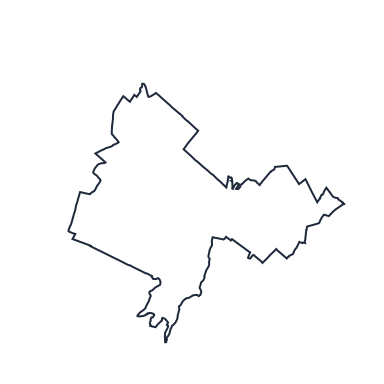 outline of Blandesti, Botosani, Romania, rotated 61°
{"feature_id": "2599482B7385527866395", "entity_name": "Blandesti", "entity_type": "district", "adm_level": 2, "iso_a3": "ROU", "parent_name": "Romania", "parent_adm1": "Botosani", "projection": "albers", "projection_center": [26.9, 47.712], "detail": "fine", "context": "isolated", "style": "outline", "palette": "slate", "viewbox_px": 384, "rotation_deg": 61, "n_neighbors": 0, "source": "geoboundaries", "source_scale": "gbopen_adm2", "svg_char_len": 6059}
<svg xmlns="http://www.w3.org/2000/svg" viewBox="0 0 384 384"><g transform="rotate(61 192 192)"><path d="M175.2,319.3L189.7,306.8L189.9,307.3L220.5,286.1L221.1,285.8L224.8,283.2L226.6,281.4L228.1,280.6L240.8,271.8L241.4,270.9L242.1,270.5L243.3,269.6L244.8,268.8L245.5,268.1L246.2,267.7L246.5,268.2L246.9,268.4L247.9,268.1L248.5,268.2L249.2,268.1L250.4,266.3L250.7,265.4L250.8,263.9L251.0,263.3L253.0,262.8L255.0,263.1L256.0,263.5L257.4,264.5L257.7,265.3L257.7,270.1L257.9,271.2L258.7,274.1L258.7,275.4L258.5,276.6L258.8,277.7L260.0,278.4L260.4,278.5L262.3,278.3L262.9,278.5L265.4,281.6L266.0,282.0L269.9,287.9L270.6,288.5L271.3,289.9L271.8,291.9L272.0,294.9L272.3,296.3L273.4,299.1L273.8,299.7L274.0,299.9L274.7,299.2L275.5,297.9L276.2,296.4L276.6,294.9L276.9,294.7L277.0,294.4L277.1,292.0L277.1,291.7L276.8,291.4L277.0,291.0L276.9,290.7L277.2,290.3L277.1,289.9L276.7,289.6L277.0,289.3L277.2,288.8L277.2,288.4L277.0,288.2L277.1,287.9L278.3,286.2L279.2,285.3L280.1,284.8L280.6,284.5L280.9,284.5L281.6,285.0L281.7,285.5L282.6,286.9L282.6,287.3L282.1,288.0L282.2,288.4L282.6,289.1L283.2,289.8L283.9,290.4L284.6,290.5L285.7,292.0L286.5,292.6L287.0,292.8L287.4,292.6L288.2,292.6L288.9,293.5L292.6,289.4L291.2,286.2L289.9,281.4L290.0,280.9L288.1,279.5L287.8,279.0L288.4,278.3L289.6,277.3L290.2,277.0L291.9,276.6L294.5,276.2L296.1,278.5L297.3,277.7L298.7,278.7L301.8,283.4L302.4,284.0L306.2,286.3L310.4,288.3L310.8,287.5L308.8,285.4L308.5,285.3L307.4,285.3L307.0,284.7L306.6,283.2L305.5,281.2L305.0,280.5L302.1,277.8L299.7,274.6L299.3,274.0L299.2,273.6L299.2,272.7L299.1,272.3L298.6,271.2L298.2,269.8L296.1,266.7L295.5,266.1L293.0,264.3L288.4,259.9L285.8,259.0L285.5,257.8L285.6,257.3L284.5,255.3L283.7,254.1L283.1,252.9L282.8,251.9L282.6,251.4L282.3,250.3L282.5,249.3L282.2,248.7L282.3,248.0L283.1,246.0L283.1,245.5L283.0,244.5L282.9,241.4L283.7,238.8L284.6,237.4L285.2,237.3L286.4,236.5L286.0,235.1L286.1,234.7L284.7,233.1L283.6,232.1L281.6,231.8L279.9,231.9L279.3,231.6L278.6,231.1L278.0,230.2L275.5,227.9L275.2,226.8L275.0,225.6L274.4,224.3L273.3,223.0L272.4,222.1L271.7,222.2L269.3,219.5L267.4,217.5L265.1,213.5L263.7,212.1L261.4,211.0L259.7,209.5L259.1,208.9L257.1,209.1L256.2,208.9L251.0,204.4L249.4,202.3L249.0,201.3L248.0,200.1L245.0,198.7L243.9,198.0L241.6,195.9L248.8,187.4L248.8,186.7L248.5,185.5L247.7,184.0L253.2,181.5L252.7,180.6L252.6,179.9L272.6,170.7L273.0,170.4L275.3,173.3L276.7,174.9L277.9,174.1L278.4,173.4L278.4,173.2L277.2,170.6L276.8,169.6L276.9,168.7L286.7,164.9L288.2,164.7L286.3,158.0L285.1,154.6L283.6,148.9L282.7,146.0L284.5,145.6L296.1,141.3L296.0,140.7L295.6,140.3L295.4,139.7L295.4,138.5L295.0,138.1L294.9,137.8L295.1,137.1L295.0,136.7L295.2,133.9L295.0,133.4L293.1,131.2L291.8,128.8L291.4,127.5L287.7,122.3L290.3,120.2L290.0,119.3L291.4,117.9L290.7,117.8L288.4,115.9L287.5,115.2L286.6,114.8L285.8,114.1L282.9,112.1L281.7,111.1L281.0,110.6L280.8,110.7L280.4,110.5L279.9,109.5L278.1,108.3L278.0,108.1L279.7,101.2L280.7,96.6L280.7,95.7L279.1,93.7L277.5,91.3L275.8,87.6L279.4,84.0L278.0,79.7L276.9,75.2L276.5,70.8L276.4,70.4L276.4,69.3L276.2,68.5L276.1,65.7L276.3,64.7L275.9,64.7L275.2,65.1L274.6,65.0L274.2,65.8L273.1,65.7L269.3,67.7L268.1,67.4L266.9,68.9L266.0,69.9L264.5,70.9L263.0,71.2L262.3,71.2L253.4,72.4L255.3,75.9L257.5,78.6L257.6,79.4L257.3,79.8L257.4,80.4L258.3,81.4L259.2,83.1L259.7,83.0L260.7,85.6L261.7,87.4L251.0,87.2L235.8,86.5L237.0,94.5L215.1,96.1L210.3,107.3L212.2,109.1L212.1,110.4L212.1,111.4L212.6,113.1L212.3,113.4L216.9,125.4L218.7,129.5L214.2,130.9L213.7,130.8L213.2,131.0L212.0,132.2L210.5,134.5L209.9,135.1L207.6,136.2L207.7,138.2L208.0,139.4L208.1,140.7L208.7,142.1L208.9,143.1L209.3,144.2L209.3,144.6L209.1,144.9L209.2,145.4L209.9,146.6L210.9,147.3L211.1,147.9L211.0,148.3L211.7,149.4L211.8,150.2L210.6,151.9L208.2,147.4L207.9,147.2L206.7,148.2L206.3,148.0L206.0,148.2L205.8,148.6L206.3,149.5L206.3,150.3L206.6,151.0L207.6,152.8L208.4,154.0L209.1,154.7L208.7,155.1L208.4,155.2L206.9,153.9L206.0,153.3L205.6,153.4L204.7,152.8L203.9,152.5L203.4,152.2L203.0,152.0L202.5,152.1L202.3,151.8L201.7,151.4L201.4,151.4L201.1,151.8L201.1,151.4L200.8,151.1L199.9,150.6L198.4,150.6L198.2,150.8L198.3,151.2L197.8,151.9L197.1,152.2L196.5,152.2L196.0,152.4L196.0,152.6L196.3,153.0L196.7,153.3L197.8,153.8L198.9,155.0L199.9,155.5L202.6,158.1L204.2,159.3L204.7,159.8L197.6,162.0L195.0,162.8L194.3,163.2L193.8,163.3L192.3,163.9L187.4,165.2L185.6,166.3L180.7,167.9L177.8,169.1L176.9,169.4L175.8,169.9L168.0,172.6L166.6,173.2L165.9,173.7L165.4,173.8L160.0,175.4L150.6,178.6L147.7,172.6L146.7,170.2L142.9,160.3L141.4,156.9L138.1,158.1L128.8,161.1L127.9,161.4L127.3,161.9L122.9,163.3L121.4,163.8L120.8,163.5L120.1,163.9L119.3,164.1L117.4,164.8L117.4,165.1L117.2,165.2L116.9,165.2L115.1,165.8L109.2,168.1L104.9,169.4L96.8,172.3L92.4,173.8L87.9,175.5L88.1,177.0L88.3,181.9L87.8,183.9L86.8,183.9L82.5,182.9L80.6,182.3L77.5,181.6L77.2,181.7L76.6,181.5L74.9,181.5L74.4,181.6L73.7,182.1L73.6,182.4L73.2,183.0L73.4,183.3L74.4,183.8L75.8,184.8L76.0,185.1L76.0,186.5L76.6,187.1L76.9,187.7L77.7,188.0L77.9,187.9L78.5,188.3L79.0,188.2L81.0,192.1L82.0,194.2L79.1,195.4L83.0,202.6L74.9,205.6L78.0,211.6L79.1,213.4L80.2,215.5L82.2,218.9L83.5,221.4L85.9,223.4L90.2,226.0L95.5,229.9L100.3,232.9L102.3,234.0L104.5,233.5L105.7,233.4L109.8,232.4L112.9,232.0L113.1,232.8L113.1,233.6L112.7,238.5L113.1,239.5L113.0,241.0L112.8,242.0L112.7,242.9L112.3,244.3L111.9,246.5L111.9,248.9L111.6,251.0L111.7,252.6L111.5,256.1L111.5,257.8L124.2,253.3L124.3,253.7L124.1,254.9L123.2,256.8L122.6,258.4L122.4,261.1L124.3,265.7L126.4,268.4L126.8,268.8L127.4,269.0L128.9,268.7L130.3,267.8L132.1,267.2L134.3,266.8L136.2,266.3L137.4,266.3L137.8,266.7L138.7,268.0L139.4,269.3L140.3,271.4L141.4,273.2L142.9,275.4L143.8,277.1L143.8,280.4L144.0,281.2L144.4,282.4L140.9,286.5L138.1,289.5L137.8,290.0L138.8,290.9L143.4,295.6L144.9,296.9L147.0,299.3L148.8,301.0L150.1,301.9L152.0,303.7L154.3,306.2L160.2,312.0L161.5,313.3L162.9,315.4L164.1,316.8L165.8,318.6L166.5,319.0L167.0,318.8L170.9,315.7L172.1,314.4L175.2,319.3Z" fill="none" stroke="#1e293b" stroke-width="2"/></g></svg>